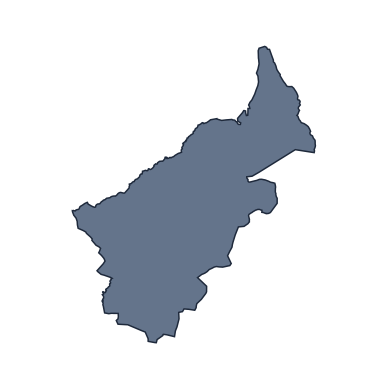 outline of Sumaila, Kano, Nigeria, rotated 188°
{"feature_id": "59680162B87731060313783", "entity_name": "Sumaila", "entity_type": "district", "adm_level": 2, "iso_a3": "NGA", "parent_name": "Nigeria", "parent_adm1": "Kano", "projection": "mercator", "projection_center": [8.898, 11.256], "detail": "fine", "context": "isolated", "style": "filled", "palette": "slate", "viewbox_px": 384, "rotation_deg": 188, "n_neighbors": 0, "source": "geoboundaries", "source_scale": "gbopen_adm2", "svg_char_len": 6005}
<svg xmlns="http://www.w3.org/2000/svg" viewBox="0 0 384 384"><g transform="rotate(188 192 192)"><path d="M261.7,60.1L257.4,59.9L255.2,60.6L248.2,61.5L247.6,58.5L247.6,56.1L249.1,54.2L246.9,50.8L245.3,50.9L237.1,51.6L222.9,47.8L218.8,46.8L214.9,40.4L214.9,39.5L214.6,38.0L207.7,37.7L206.4,37.8L206.0,41.0L200.9,45.8L200.8,46.9L200.4,47.1L197.0,47.1L189.2,46.3L189.1,52.2L188.1,56.3L187.2,64.6L188.4,70.8L188.3,71.0L184.8,72.2L183.6,75.1L178.8,75.4L172.8,75.3L171.8,78.0L171.9,79.8L171.7,82.1L167.8,87.0L164.2,93.5L163.7,95.2L164.4,100.7L174.6,108.0L170.8,111.8L169.3,112.6L167.8,113.6L165.9,115.3L164.2,117.6L161.7,119.2L159.5,120.8L157.5,121.6L154.7,121.6L151.1,121.9L144.3,124.4L143.2,126.6L147.9,133.8L146.3,138.7L145.2,141.6L144.7,143.0L144.7,145.5L144.4,148.2L143.2,155.6L141.2,163.9L135.7,165.2L132.2,168.4L131.5,169.7L131.0,170.4L131.2,171.1L131.3,172.8L132.7,176.4L132.5,177.7L130.8,179.3L129.8,180.0L129.1,180.8L128.3,181.4L126.6,182.8L125.5,183.3L124.7,183.8L123.2,184.1L122.5,184.1L121.2,183.7L120.3,183.7L120.0,182.3L120.0,181.6L118.5,181.6L117.0,181.2L116.7,181.2L116.0,181.0L115.5,180.9L115.4,181.1L114.5,181.1L113.1,181.5L111.5,182.6L106.1,192.6L106.8,197.7L107.9,199.2L108.6,201.0L108.7,202.1L109.5,203.6L109.9,207.0L109.9,208.5L110.4,210.2L111.2,212.2L113.1,212.5L115.5,212.6L117.5,213.3L121.1,214.1L124.8,214.3L127.0,213.9L129.3,212.6L136.3,209.8L137.4,209.9L138.1,210.6L138.3,212.2L139.4,213.1L139.8,214.0L139.9,214.7L134.7,216.0L128.5,220.8L95.6,248.3L76.5,248.0L76.4,249.7L76.9,251.1L76.4,253.1L76.2,254.9L76.8,257.1L77.0,258.7L77.4,260.4L79.3,262.2L80.5,264.3L82.6,265.2L83.3,266.2L83.5,267.4L83.0,268.5L84.3,270.7L86.0,272.9L87.9,274.1L90.5,275.3L93.5,275.9L94.7,277.5L95.9,278.5L96.8,280.0L97.6,281.7L98.8,282.4L97.9,284.0L97.4,286.6L96.9,287.7L98.3,289.3L98.4,290.8L96.9,293.3L97.9,294.6L97.6,295.6L97.6,296.9L98.7,298.0L99.8,298.0L100.4,298.6L100.5,300.0L100.4,301.6L101.1,303.0L102.5,305.2L105.7,308.9L107.8,310.3L110.2,309.9L111.7,309.8L112.9,310.1L114.7,312.2L116.9,314.3L121.0,319.4L121.0,320.7L123.0,322.6L125.1,325.2L126.4,328.4L128.1,331.2L129.5,332.2L129.8,334.0L131.6,337.3L135.1,344.0L137.1,343.9L138.3,345.6L140.2,346.3L145.6,343.7L146.1,341.1L145.4,337.2L144.8,333.6L144.6,333.2L143.4,328.2L143.8,322.7L144.7,318.7L142.8,315.9L141.4,310.2L141.6,306.5L142.6,302.4L143.5,297.7L145.5,291.5L147.1,288.9L148.0,286.0L147.1,284.7L146.4,282.8L148.2,282.5L147.7,278.7L147.5,276.1L147.5,275.7L148.8,275.3L149.9,278.0L150.2,279.7L151.3,279.9L152.1,279.8L153.1,277.5L157.1,271.3L156.6,268.8L155.6,268.1L153.4,267.3L153.5,265.6L155.1,265.4L156.0,265.8L156.3,266.1L156.8,266.9L157.7,267.8L158.5,268.0L159.1,268.5L159.4,268.9L160.0,269.1L160.8,269.1L161.7,269.0L162.6,269.4L168.4,268.1L172.6,267.0L177.5,267.7L177.6,268.1L183.7,266.1L185.5,264.2L187.3,262.6L188.7,262.1L189.6,261.5L190.2,261.4L190.5,261.6L190.7,262.1L191.3,262.1L192.0,261.6L192.6,260.8L193.0,260.4L194.2,259.5L195.3,259.1L195.4,258.0L195.6,257.0L196.0,256.3L197.0,255.6L197.7,254.6L197.7,253.5L198.4,252.4L199.0,252.2L199.2,251.1L198.9,250.3L199.5,249.5L200.8,248.7L201.1,248.2L201.3,248.1L201.7,247.6L202.3,246.9L203.1,246.3L203.3,245.4L203.5,245.0L203.7,244.9L204.0,244.9L204.3,244.8L204.3,244.2L204.7,243.3L204.6,242.8L204.7,242.5L205.2,242.3L205.5,241.8L205.5,241.7L205.2,241.5L205.4,241.3L205.4,241.0L205.5,241.0L205.8,240.9L206.0,240.8L207.8,238.9L207.7,238.8L207.4,238.8L207.0,238.5L207.0,238.3L207.1,238.1L207.4,237.8L207.1,237.3L207.1,236.9L207.1,236.7L207.3,236.5L207.7,235.9L208.2,234.6L208.0,234.1L207.7,233.8L207.6,233.4L208.1,233.0L208.4,232.4L208.4,231.6L207.9,229.9L209.2,229.2L210.0,228.6L210.7,228.5L213.9,225.9L215.1,224.5L216.6,223.7L217.6,222.9L218.3,223.2L219.0,223.0L219.7,222.2L220.5,221.9L221.6,221.7L221.8,222.1L221.6,222.7L222.4,222.9L223.1,222.8L223.5,222.6L223.5,222.0L223.3,221.8L223.3,221.3L223.7,221.0L224.1,220.2L224.5,219.6L225.0,218.8L225.8,218.3L226.7,218.3L227.6,218.0L228.5,217.8L230.2,216.1L230.2,215.1L230.5,214.9L231.1,214.7L231.9,214.8L233.4,213.1L233.2,212.3L233.6,211.3L234.1,210.5L235.4,209.0L236.4,208.5L237.1,208.6L237.5,208.9L238.1,209.0L238.4,208.8L238.7,207.4L238.9,207.0L239.7,206.8L241.1,207.0L243.0,206.0L243.9,205.7L243.8,204.8L243.9,203.0L244.3,202.8L244.9,202.8L245.9,201.6L246.1,199.6L247.2,198.4L247.7,197.5L248.6,197.1L249.8,196.4L250.4,195.3L250.7,194.3L251.7,194.0L252.6,193.1L253.1,192.1L254.2,191.6L255.2,191.0L254.6,190.1L255.0,188.9L254.8,187.4L256.1,185.3L258.6,181.6L259.6,181.4L261.1,181.5L262.5,181.7L263.9,181.2L265.1,180.1L265.9,178.7L267.2,177.3L268.6,177.2L270.2,176.7L271.4,176.1L272.5,174.9L275.7,173.9L277.1,172.3L278.6,171.6L279.2,170.7L280.4,169.7L281.7,167.5L283.9,166.9L284.9,166.0L285.4,164.8L285.4,163.8L286.3,163.3L288.0,163.6L289.6,164.1L291.5,164.9L293.1,165.5L293.7,166.5L294.3,167.2L296.7,165.6L298.8,163.6L300.5,162.3L301.1,161.4L301.3,160.0L301.9,159.0L303.3,158.6L304.6,157.8L304.9,157.1L306.0,157.0L307.1,157.2L307.5,156.5L307.8,156.6L307.6,155.8L305.8,152.5L303.1,149.9L301.6,146.9L300.9,143.5L299.7,140.2L294.4,138.7L291.6,137.6L290.8,136.4L286.3,133.4L284.3,131.6L284.4,130.2L279.6,125.9L276.6,124.8L274.7,123.5L275.3,120.7L275.9,118.8L272.8,116.6L269.9,113.9L268.5,111.5L270.0,108.4L275.1,100.8L274.2,100.0L270.6,97.8L267.5,97.4L260.8,96.1L259.1,95.4L259.4,95.2L259.9,95.0L260.1,94.6L260.1,94.4L259.8,94.0L259.8,93.8L260.3,93.4L260.7,92.8L260.8,92.1L260.5,91.6L260.2,91.2L260.0,90.8L260.0,90.4L260.2,90.1L260.4,90.0L260.8,89.5L260.8,89.2L260.6,88.9L260.4,87.5L260.8,87.0L261.2,86.7L261.7,86.1L262.1,85.2L263.5,84.1L263.8,83.5L263.8,83.1L263.4,82.9L263.1,82.7L263.2,82.2L263.5,81.8L263.5,81.3L263.7,80.7L264.0,80.3L264.8,80.5L265.4,80.5L265.9,80.8L266.2,80.9L266.4,80.8L266.5,80.6L266.5,80.3L266.2,79.9L265.5,79.3L265.7,78.5L266.0,78.2L265.9,78.2L266.2,77.9L266.2,77.5L265.6,77.1L264.9,75.8L264.8,74.8L264.9,74.1L265.4,73.6L265.5,72.9L265.1,72.5L264.9,71.8L265.8,71.8L265.8,71.3L265.1,70.3L264.8,70.1L264.5,69.3L264.6,68.3L264.4,67.5L264.0,66.8L261.7,60.1Z" fill="#64748b" stroke="#1e293b" stroke-width="1.5"/></g></svg>